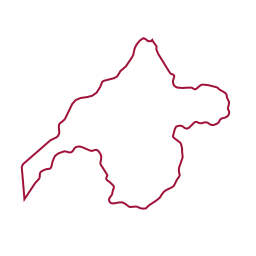 SVG path tracing the border of Western, rotated 12°
{"feature_id": "KEN-891", "entity_name": "Western", "entity_type": "Province", "adm_level": 1, "iso_a3": "KEN", "parent_name": "Kenya", "parent_adm1": "", "projection": "mercator", "projection_center": [34.624, 0.494], "detail": "fine", "context": "isolated", "style": "outline", "palette": "rose", "viewbox_px": 256, "rotation_deg": 12, "n_neighbors": 0, "source": "natural_earth", "source_scale": "10m", "svg_char_len": 3498}
<svg xmlns="http://www.w3.org/2000/svg" viewBox="0 0 256 256"><g transform="rotate(12 128 128)"><path d="M129.4,38.9L132.4,38.3L132.6,38.3L133.4,36.8L134.7,38.4L139.0,42.2L139.3,45.0L142.0,49.1L157.4,65.2L158.1,65.7L158.8,66.0L159.6,66.2L160.5,66.3L161.3,66.5L162.0,66.9L162.4,67.6L162.6,68.6L162.3,70.4L162.2,71.8L162.3,73.3L163.0,75.1L163.6,76.1L164.2,76.8L165.5,77.5L166.2,77.8L167.0,78.0L167.9,78.2L173.4,77.5L176.5,76.5L180.7,75.5L181.5,75.4L182.4,75.4L183.2,75.7L183.9,76.0L184.7,76.2L185.5,76.2L186.2,75.8L186.7,75.4L189.4,71.9L189.9,71.3L190.4,70.9L191.0,70.5L191.8,70.2L192.6,69.9L197.3,69.4L205.9,69.7L206.7,69.8L207.4,70.1L208.6,70.9L210.0,71.6L210.8,71.8L212.4,72.3L215.3,73.3L216.3,73.8L216.7,74.1L217.1,74.5L217.4,74.9L217.7,75.4L218.4,77.5L221.1,81.1L221.5,81.9L221.7,84.2L221.6,88.0L221.8,88.5L222.0,89.0L222.9,90.0L223.4,90.7L223.7,91.6L223.8,93.0L223.7,94.0L223.3,95.1L222.8,95.9L221.6,97.0L221.0,97.5L217.5,99.3L216.9,99.9L216.4,100.7L215.6,103.4L215.0,104.4L214.0,105.4L211.2,107.2L210.8,107.4L210.2,107.6L209.5,107.6L207.7,107.5L207.0,107.2L205.6,106.6L204.9,106.3L204.0,106.2L203.1,106.3L201.5,106.7L198.9,108.1L198.3,108.2L197.8,108.3L197.0,108.4L196.1,108.3L194.2,107.8L193.7,107.8L193.4,107.8L192.8,108.0L192.2,108.4L191.6,109.0L187.8,114.8L186.7,115.8L185.7,116.4L184.8,116.4L184.0,116.3L183.2,116.1L181.2,115.1L180.3,114.9L179.5,114.8L178.6,114.9L177.8,115.1L177.0,115.4L175.0,116.5L174.4,117.8L174.0,119.8L173.7,126.2L173.9,127.3L175.6,128.4L181.8,131.3L182.4,131.8L182.9,132.3L183.3,132.9L185.3,137.1L185.8,139.8L187.3,144.4L187.5,145.3L187.5,146.2L186.2,155.9L186.3,157.8L187.0,160.2L187.6,161.6L188.0,162.3L188.3,163.0L188.3,164.1L187.9,165.5L186.6,168.4L185.3,173.6L184.8,175.1L183.3,176.9L178.9,180.3L177.3,181.8L176.6,182.6L175.9,183.8L174.8,186.1L173.7,189.4L170.9,192.9L164.6,199.3L162.1,203.0L158.6,203.9L156.3,203.8L153.3,203.1L152.1,203.2L150.9,203.5L147.5,204.6L146.2,204.8L145.2,204.7L141.7,203.0L138.3,202.0L137.4,202.0L134.9,202.6L130.9,204.3L129.0,204.9L127.7,205.0L126.6,204.8L125.7,204.2L125.1,203.7L124.7,203.0L124.4,202.5L124.2,201.9L124.3,201.3L124.7,199.9L124.9,199.2L125.6,197.9L126.2,196.3L126.2,191.8L126.5,190.1L126.6,189.3L126.4,188.5L126.1,187.9L125.3,187.2L121.4,184.7L118.7,183.6L117.5,182.6L117.1,181.7L117.5,179.3L117.6,178.5L117.2,177.9L109.1,169.6L108.7,169.0L108.4,168.3L108.2,167.4L108.2,164.5L107.8,161.8L107.2,160.3L106.7,159.5L104.0,156.7L102.7,156.2L101.6,156.0L100.8,156.2L99.4,156.8L98.1,157.6L97.3,157.9L96.5,158.0L94.7,157.8L86.7,156.2L85.4,156.2L84.3,156.2L83.4,156.4L82.7,156.7L82.0,157.0L80.9,157.7L80.6,158.0L80.2,158.4L79.9,159.0L78.8,161.9L78.4,162.5L77.9,163.1L77.3,163.6L76.4,164.0L75.1,164.1L72.4,163.9L71.0,164.0L70.1,164.3L65.6,167.0L62.9,169.8L62.6,170.3L62.3,170.9L61.7,173.4L61.2,176.6L61.1,181.4L61.0,182.1L60.6,183.3L60.3,183.8L60.0,184.1L57.1,185.1L55.8,185.8L54.0,187.0L52.5,188.4L52.1,188.7L51.8,189.3L51.5,190.0L51.4,190.8L51.4,191.8L51.8,194.4L51.8,195.2L51.6,196.0L51.3,196.7L49.0,200.5L48.5,201.5L41.5,219.2L36.9,203.8L32.2,188.4L32.7,185.4L41.4,173.8L42.7,172.1L54.7,156.1L60.1,151.9L61.4,149.9L61.8,146.9L60.1,141.4L59.9,138.7L60.6,137.3L63.2,134.3L64.2,132.7L64.7,131.4L68.3,116.7L68.4,116.2L71.0,111.6L75.4,108.5L81.5,106.3L86.3,103.9L89.9,100.0L92.3,93.6L92.9,90.1L93.2,88.3L94.5,86.9L104.1,82.1L106.7,79.8L108.8,73.8L113.1,68.2L117.0,58.6L117.9,55.5L117.9,52.2L118.0,48.8L118.7,45.6L120.0,42.6L121.5,39.9L124.5,36.9L127.0,37.5L129.4,38.9Z" fill="none" stroke="#9f1239" stroke-width="2"/></g></svg>